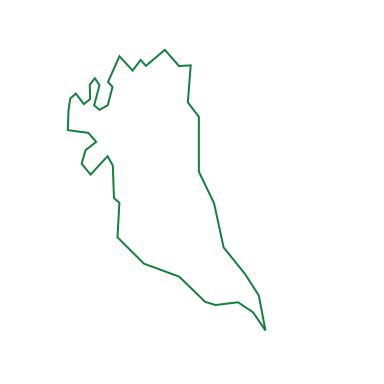 the district of Taylak, Samarkand, Uzbekistan, rotated 47°
{"feature_id": "79887680B65824401013757", "entity_name": "Taylak", "entity_type": "district", "adm_level": 2, "iso_a3": "UZB", "parent_name": "Uzbekistan", "parent_adm1": "Samarkand", "projection": "equal_earth", "projection_center": [67.152, 39.543], "detail": "fine", "context": "isolated", "style": "outline", "palette": "green", "viewbox_px": 384, "rotation_deg": 47, "n_neighbors": 0, "source": "geoboundaries", "source_scale": "gbopen_adm2", "svg_char_len": 692}
<svg xmlns="http://www.w3.org/2000/svg" viewBox="0 0 384 384"><g transform="rotate(47 192 192)"><path d="M343.4,232.7L313.2,213.7L287.9,209.1L254.1,206.7L215.4,183.6L181.8,173.1L141.7,135.7L123.6,133.9L98.5,106.6L91.0,115.6L69.5,114.9L68.3,139.7L60.4,139.5L62.7,152.6L43.3,152.5L54.2,178.3L61.0,178.5L71.1,194.5L68.8,203.6L61.9,204.5L50.8,186.8L42.5,185.5L43.8,193.6L54.6,203.2L53.9,211.2L40.8,209.8L40.6,217.3L48.2,226.8L62.1,240.6L78.1,227.5L90.0,227.9L88.8,241.4L96.1,253.4L110.1,254.3L108.2,229.3L118.7,231.9L143.2,253.2L150.4,252.5L174.3,277.4L211.7,276.0L245.2,259.1L281.3,257.3L290.7,251.9L304.0,233.6L321.5,229.4L343.4,232.7Z" fill="none" stroke="#15803d" stroke-width="2"/></g></svg>